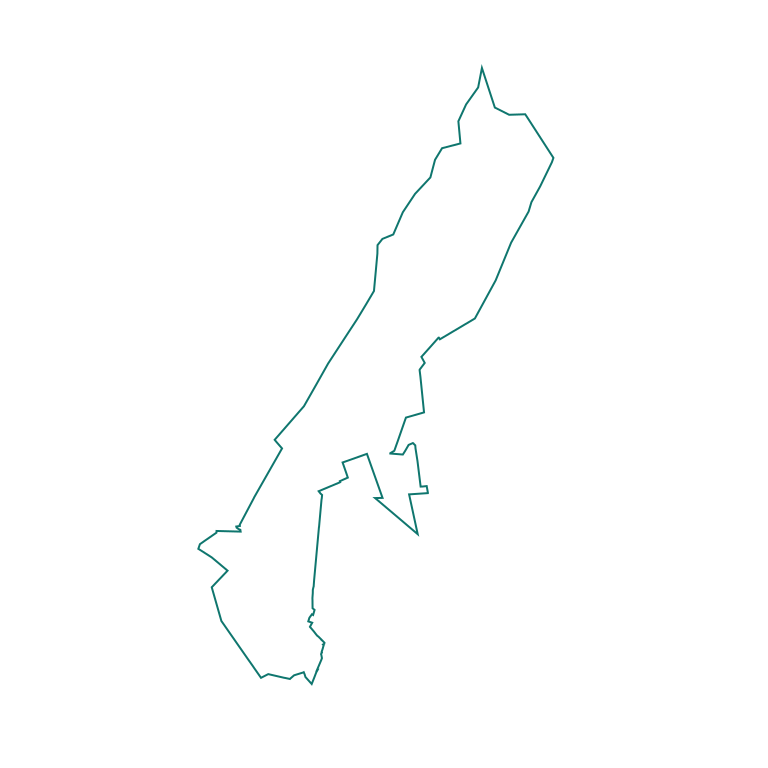 the district of Nadadores, Coahuila, Mexico, rotated 58°
{"feature_id": "50627088B48851178167120", "entity_name": "Nadadores", "entity_type": "district", "adm_level": 2, "iso_a3": "MEX", "parent_name": "Mexico", "parent_adm1": "Coahuila", "projection": "albers", "projection_center": [-101.682, 27.231], "detail": "fine", "context": "isolated", "style": "outline", "palette": "teal", "viewbox_px": 768, "rotation_deg": 58, "n_neighbors": 0, "source": "geoboundaries", "source_scale": "gbopen_adm2", "svg_char_len": 2529}
<svg xmlns="http://www.w3.org/2000/svg" viewBox="0 0 768 768"><g transform="rotate(58 384 384)"><path d="M167.9,133.5L182.4,147.0L190.4,166.2L200.6,181.7L220.5,191.7L214.8,209.8L220.9,221.9L233.4,235.2L239.2,256.9L248.3,277.0L262.1,296.9L260.1,308.4L262.8,315.9L269.9,320.5L284.0,331.2L297.4,341.4L299.8,343.2L306.8,356.7L314.8,372.5L321.3,386.6L333.9,413.8L337.0,420.5L348.4,441.4L359.9,462.7L360.4,463.6L373.4,506.3L376.4,505.9L384.6,504.6L411.4,554.3L411.7,554.7L426.9,580.9L428.0,581.4L426.6,584.8L427.7,585.1L429.7,584.3L430.9,583.6L431.5,583.1L433.2,583.8L419.9,603.9L421.3,604.9L422.0,619.9L422.1,621.0L422.1,621.5L422.3,625.0L425.4,628.8L439.7,622.0L446.1,619.9L459.4,615.6L465.1,637.8L498.8,647.5L534.8,645.7L545.0,645.2L553.8,644.7L556.6,644.6L568.0,644.0L568.7,635.9L580.3,624.3L580.8,623.7L584.3,620.1L584.2,619.8L583.5,615.3L583.4,614.7L583.6,613.8L585.9,605.1L585.9,604.8L588.3,605.2L590.9,605.9L591.9,605.7L600.1,604.3L596.3,599.1L592.6,594.2L591.4,592.0L591.2,592.6L584.7,583.3L583.6,581.9L580.5,580.7L579.7,580.5L578.8,578.9L578.7,578.8L578.4,578.8L578.2,578.9L577.9,578.5L577.5,578.1L577.1,577.6L576.8,577.2L576.4,576.7L576.0,576.3L575.6,575.8L575.2,575.4L574.8,575.0L574.4,574.5L574.0,574.1L573.7,573.7L572.6,573.8L572.7,572.4L571.9,571.6L570.0,572.0L568.2,572.5L568.2,572.4L563.4,573.5L562.2,574.0L560.0,574.3L556.8,574.6L552.0,575.3L550.7,575.5L548.4,571.4L545.2,574.0L543.0,571.5L542.7,571.1L542.2,569.9L541.1,567.1L542.3,566.5L538.8,562.6L536.3,563.4L529.6,559.3L527.7,558.2L523.6,555.2L520.8,553.4L518.7,551.3L518.5,551.0L513.3,547.2L470.9,515.0L470.8,514.8L470.5,514.6L449.0,498.3L447.9,497.3L445.3,495.3L444.2,495.6L443.3,495.9L442.1,496.0L441.4,496.1L440.3,496.2L444.0,473.6L444.0,473.1L443.0,472.9L444.2,464.3L439.6,463.2L432.6,461.6L428.6,460.7L429.4,457.2L434.2,435.5L445.9,438.1L477.1,445.0L479.8,445.6L478.2,448.3L478.1,448.5L476.0,452.0L529.2,435.0L490.9,421.2L499.8,404.6L499.7,404.5L493.2,401.9L491.3,405.8L490.4,407.3L467.0,396.4L455.3,391.4L452.6,390.0L451.8,390.2L451.4,390.3L450.6,390.5L450.1,390.5L449.4,390.8L448.7,395.4L452.0,401.6L453.8,405.4L446.3,415.5L446.0,415.3L446.1,410.7L445.6,410.0L442.4,406.0L439.8,402.7L437.7,400.1L424.1,383.2L429.3,365.1L397.0,349.2L391.0,346.4L390.7,346.1L387.7,338.3L382.6,338.0L380.8,337.9L378.9,331.3L373.6,313.2L373.8,312.9L375.7,312.9L376.6,272.2L355.3,234.4L331.5,201.3L314.4,170.0L307.9,162.6L299.2,146.9L284.9,124.1L282.0,120.5L234.8,121.2L230.1,121.3L222.0,135.2L208.3,143.5L167.9,133.5Z" fill="none" stroke="#0f766e" stroke-width="2"/></g></svg>